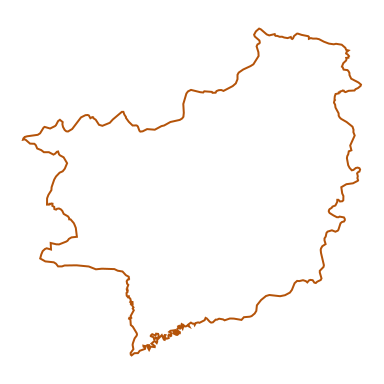 Landak, Kalimantan Barat, Indonesia
{"feature_id": "22746128B55433427549228", "entity_name": "Landak", "entity_type": "district", "adm_level": 2, "iso_a3": "IDN", "parent_name": "Indonesia", "parent_adm1": "Kalimantan Barat", "projection": "mercator", "projection_center": [109.722, 0.511], "detail": "fine", "context": "isolated", "style": "outline", "palette": "amber", "viewbox_px": 384, "rotation_deg": 0, "n_neighbors": 0, "source": "geoboundaries", "source_scale": "gbopen_adm2", "svg_char_len": 5922}
<svg xmlns="http://www.w3.org/2000/svg" viewBox="0 0 384 384"><path d="M23.0,139.7L24.7,139.3L25.9,140.0L30.0,143.6L34.4,143.8L35.8,145.2L37.2,148.5L41.2,150.1L43.9,152.2L48.9,152.2L53.5,154.6L55.1,153.7L56.9,151.8L58.1,151.5L59.0,154.3L59.9,155.3L63.6,157.3L67.1,163.2L64.8,168.7L62.7,171.3L59.6,172.7L56.0,176.5L54.2,179.6L51.6,187.2L51.4,190.1L48.4,194.9L47.1,198.3L47.0,204.6L48.9,204.6L49.3,203.9L49.9,204.3L51.2,203.5L52.5,203.7L52.3,205.8L54.2,206.9L54.4,209.1L56.1,209.6L57.0,208.8L59.0,208.5L60.9,209.4L62.3,210.9L63.7,213.9L68.0,216.4L69.0,217.8L69.2,219.3L70.5,219.3L73.7,223.0L74.4,224.4L75.8,227.9L76.9,236.8L71.5,237.4L68.9,238.9L67.5,240.8L66.2,241.6L59.1,244.4L56.3,244.3L50.7,243.0L51.0,249.5L46.7,248.3L45.0,249.0L42.7,251.1L41.3,254.4L40.2,258.5L45.3,261.4L53.8,262.3L56.0,263.7L58.1,266.4L62.0,266.4L64.5,265.5L76.5,265.3L88.8,266.5L95.9,269.3L102.0,268.7L114.4,269.1L117.7,270.7L122.5,271.5L125.9,275.2L128.7,276.7L129.1,279.0L128.7,279.5L127.8,279.5L126.7,281.2L127.1,283.7L128.3,284.9L127.1,288.0L127.6,290.1L126.9,289.9L127.4,292.2L126.5,293.0L126.7,295.7L127.8,297.0L128.1,296.3L128.8,296.2L129.0,297.4L130.3,298.7L130.8,300.7L130.3,301.8L132.5,302.0L132.6,303.9L130.9,303.7L130.8,304.0L131.5,304.9L132.4,304.9L132.6,306.2L133.5,307.4L132.7,308.5L133.8,310.3L130.6,316.1L131.3,317.9L130.7,318.3L129.3,317.9L129.0,318.7L130.4,319.6L130.8,325.0L132.8,326.7L136.7,333.2L137.0,334.3L136.7,335.6L134.6,338.4L132.9,343.3L132.6,344.9L133.4,349.2L130.6,353.0L130.8,354.7L131.6,355.4L134.4,353.2L138.0,353.1L139.7,350.8L145.0,348.9L145.2,348.0L143.5,346.6L143.4,345.7L145.5,346.2L147.5,345.1L149.1,345.2L149.2,345.9L147.7,347.3L149.1,349.9L150.7,346.6L154.7,347.1L154.8,346.1L151.5,343.6L154.2,341.2L155.1,341.4L156.7,343.1L157.2,341.9L157.2,339.2L156.7,338.0L155.9,337.5L154.6,339.2L154.1,339.2L153.5,337.2L150.8,336.2L150.8,335.5L152.2,334.2L155.1,335.4L155.7,335.1L156.1,333.7L158.1,333.9L158.6,335.2L158.2,338.1L158.5,338.5L161.8,335.1L163.9,339.6L164.7,339.9L165.0,339.1L163.9,336.4L164.8,335.0L165.5,335.1L164.8,336.8L165.1,337.8L166.8,338.7L168.7,338.1L168.4,335.6L168.9,334.6L169.7,334.8L170.7,336.1L171.2,335.8L171.2,333.1L169.2,331.9L170.5,330.8L174.2,330.3L173.4,333.4L176.4,334.9L177.4,334.9L177.9,334.4L175.6,332.6L175.3,331.3L175.6,330.2L176.4,330.6L178.1,333.1L179.8,333.2L179.9,332.2L177.4,330.4L177.4,328.8L178.1,327.9L180.8,328.9L178.6,327.3L178.1,326.4L179.2,325.8L180.6,327.3L181.7,324.1L182.3,324.5L181.8,327.3L182.6,328.7L183.7,325.3L184.9,326.4L185.9,326.4L187.3,325.5L189.3,326.6L188.2,324.6L190.9,322.6L192.7,323.7L194.2,323.7L194.7,325.0L195.8,323.0L198.1,322.4L199.5,322.8L204.6,320.2L205.6,317.9L206.8,318.5L209.7,321.7L211.1,322.6L212.9,322.3L215.7,319.6L216.9,319.7L219.1,318.7L223.1,319.4L224.6,320.3L229.9,318.5L233.8,318.6L241.5,319.9L243.9,317.2L249.7,316.7L251.6,316.1L254.7,313.5L256.3,310.9L256.9,305.3L261.1,300.0L266.0,296.0L269.4,295.0L280.1,296.2L285.0,295.2L289.9,292.6L291.9,289.9L294.6,283.2L297.1,280.9L299.3,281.1L303.0,280.2L305.8,281.1L307.3,282.4L309.0,280.4L310.3,279.9L312.1,280.1L312.7,280.2L314.3,282.6L315.8,283.0L317.2,281.7L320.7,280.0L321.5,278.4L319.8,272.6L319.8,270.8L323.5,267.0L323.9,265.2L321.0,252.9L320.7,249.9L321.0,248.5L322.3,246.2L325.6,244.1L324.5,240.4L324.5,238.4L325.7,236.6L326.5,232.9L327.6,231.6L331.9,230.3L335.4,231.7L337.7,230.7L338.4,229.8L340.5,223.3L342.0,222.0L344.0,221.5L344.9,220.0L344.7,218.7L343.9,217.4L339.6,216.6L338.6,217.2L336.9,217.2L333.4,215.4L329.6,213.0L328.8,211.6L328.9,210.3L329.6,209.1L331.6,207.9L332.5,206.6L335.4,205.5L337.2,202.0L337.3,199.8L338.4,199.8L340.0,201.5L342.4,201.2L343.3,200.2L343.4,196.0L342.2,193.4L341.3,187.2L346.4,184.2L353.0,183.3L357.8,180.8L358.1,180.3L357.4,178.1L357.8,176.2L357.1,173.3L358.3,172.0L359.4,171.6L360.1,169.5L359.4,168.2L357.7,167.6L355.8,168.0L353.5,169.9L351.8,170.3L349.6,167.9L348.2,165.2L346.9,158.1L347.3,156.0L348.2,154.4L348.8,151.3L351.4,150.3L350.2,145.5L354.7,135.5L353.4,132.2L353.5,129.7L352.5,126.7L346.6,122.0L341.2,118.9L339.7,117.5L338.7,115.7L338.6,113.3L335.5,107.6L335.1,104.6L334.0,102.7L334.3,100.9L335.0,100.0L334.5,99.3L334.8,96.3L335.6,94.0L338.7,93.4L338.8,92.4L339.9,92.4L340.3,91.4L341.9,91.1L342.6,90.5L343.8,90.7L344.4,91.7L345.6,92.1L348.6,90.8L354.5,90.5L355.5,89.2L358.1,88.0L360.6,85.9L361.0,84.6L358.5,82.5L351.2,78.7L349.5,75.1L349.4,72.9L348.6,71.4L347.5,70.1L343.6,69.6L342.7,67.3L341.9,66.7L343.3,63.2L346.1,60.5L346.5,59.2L346.2,57.9L348.4,57.7L348.4,56.9L349.0,56.1L347.7,54.5L346.1,53.5L346.5,52.1L348.5,50.5L346.2,49.9L345.3,47.8L341.7,44.7L336.0,43.8L333.8,44.3L328.9,43.6L323.9,41.7L319.1,39.2L316.5,38.6L312.9,38.6L310.8,38.1L308.9,38.8L308.8,36.7L308.2,36.2L301.7,34.9L297.8,33.6L296.9,33.7L294.1,36.0L293.0,38.4L292.2,39.0L291.5,38.6L290.8,37.0L287.6,38.1L284.1,37.5L282.0,36.7L279.7,36.8L277.3,35.9L275.7,35.9L275.1,35.5L274.7,34.1L269.2,35.4L266.7,34.4L260.8,29.3L259.1,28.6L255.9,31.4L254.1,34.7L254.8,36.5L259.4,40.5L259.8,42.3L259.5,43.3L257.5,44.4L256.6,46.4L258.4,52.2L258.6,56.0L253.4,64.3L250.5,66.1L243.2,69.5L238.7,72.6L237.5,74.8L237.5,79.2L235.8,83.4L232.7,86.1L223.5,90.9L221.2,90.0L218.7,90.2L216.5,91.1L215.6,92.7L212.5,92.8L211.9,91.9L204.3,91.3L203.2,92.5L200.3,92.2L191.0,89.9L188.0,91.4L186.4,93.5L183.3,104.0L183.8,112.8L183.4,116.8L182.1,118.5L179.8,119.9L170.4,122.0L164.1,125.5L161.5,126.1L154.8,129.7L147.1,129.1L142.7,131.3L140.3,131.6L139.4,130.7L137.9,126.6L137.2,125.8L136.3,125.4L132.6,125.5L128.8,121.8L125.9,117.8L126.0,117.1L124.3,114.5L123.4,111.9L121.8,111.9L112.8,119.5L109.8,122.8L102.4,125.8L99.0,124.8L95.7,119.7L93.4,118.2L93.2,117.3L92.3,117.1L90.4,118.2L88.9,115.5L87.7,115.0L85.4,115.2L81.0,117.4L72.2,129.0L68.0,131.5L66.3,131.3L64.7,130.0L63.0,126.9L62.4,124.2L62.7,122.1L59.9,119.8L58.1,121.1L55.9,125.3L55.0,126.1L50.1,128.5L44.6,126.9L43.6,127.6L40.1,133.3L37.8,134.8L27.1,136.3L24.7,137.0L23.4,138.4L23.0,139.7Z" fill="none" stroke="#b45309" stroke-width="2"/></svg>